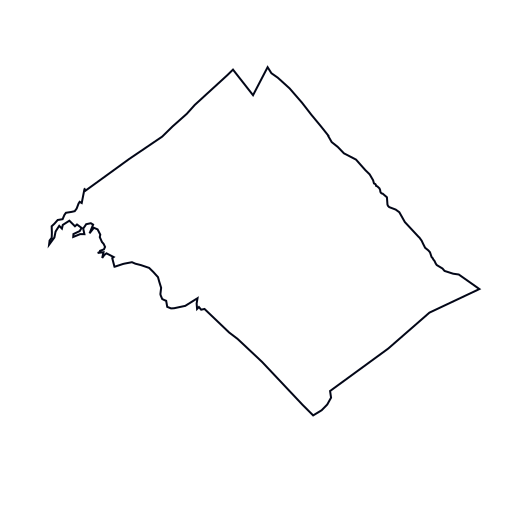 Tintane, Hodh el Gharbi, Mauritania (Albers equal-area conic projection), rotated 323°
{"feature_id": "47542326B49589683558539", "entity_name": "Tintane", "entity_type": "district", "adm_level": 2, "iso_a3": "MRT", "parent_name": "Mauritania", "parent_adm1": "Hodh el Gharbi", "projection": "albers", "projection_center": [-10.457, 15.991], "detail": "fine", "context": "isolated", "style": "outline", "palette": "ink", "viewbox_px": 512, "rotation_deg": 323, "n_neighbors": 0, "source": "geoboundaries", "source_scale": "gbopen_adm2", "svg_char_len": 2197}
<svg xmlns="http://www.w3.org/2000/svg" viewBox="0 0 512 512"><g transform="rotate(323 256 256)"><path d="M349.8,93.8L349.8,93.3L342.1,94.3L298.0,98.5L286.2,100.8L267.4,102.3L252.9,104.2L213.3,102.2L159.1,101.2L159.4,99.4L159.2,99.4L148.7,108.8L148.3,107.9L147.8,106.6L145.9,107.3L141.3,110.2L138.2,111.1L135.5,109.9L130.2,107.1L127.7,107.9L123.7,110.2L119.3,107.9L114.4,108.9L110.7,109.3L106.9,114.7L103.8,118.5L100.5,119.4L97.5,122.5L106.1,119.9L110.6,115.9L112.3,115.2L117.0,113.5L117.5,117.3L120.4,114.9L128.2,115.5L128.9,120.4L129.3,123.3L132.0,123.1L133.6,128.6L130.2,130.0L123.4,128.6L121.5,130.8L128.7,132.7L132.1,135.3L134.5,130.1L137.6,129.1L139.5,128.4L143.8,130.4L144.8,132.9L138.5,136.7L136.7,137.7L143.5,135.9L145.5,139.4L144.5,145.2L142.6,146.9L141.4,152.1L141.6,154.6L140.9,157.9L138.5,159.2L134.6,158.0L133.8,158.8L131.4,158.3L136.5,161.2L132.0,165.0L135.4,163.9L138.2,163.9L141.7,171.2L139.9,171.2L136.5,179.4L136.6,179.5L144.9,182.3L146.5,183.0L153.2,186.3L155.0,189.5L158.6,194.0L163.5,201.2L164.4,207.2L164.6,209.5L165.0,213.9L163.3,218.2L161.1,224.3L156.7,228.9L156.3,229.8L156.1,230.4L155.2,233.9L156.3,236.1L157.3,237.7L154.5,243.2L156.6,246.7L159.1,248.4L169.6,253.3L170.1,253.3L183.9,254.5L180.0,258.2L177.1,262.8L179.7,262.4L179.9,265.9L183.0,267.3L188.5,300.9L191.4,311.2L197.1,344.2L203.6,402.8L205.7,417.7L215.6,418.7L223.5,417.5L230.7,414.3L233.9,408.4L305.9,409.5L360.4,405.6L412.4,416.4L414.5,416.8L407.0,393.4L406.8,392.8L402.8,388.8L397.6,381.4L397.4,378.2L394.9,372.0L395.0,370.2L395.6,367.3L395.5,365.4L395.8,364.2L395.6,362.5L396.7,359.2L397.2,357.7L397.0,355.2L396.0,351.2L396.3,349.6L396.8,346.8L397.5,343.5L397.6,339.5L397.4,338.8L395.3,318.5L396.8,307.3L395.5,303.0L391.8,297.1L391.6,295.4L391.9,294.1L395.9,287.9L394.7,282.5L394.0,281.6L393.8,280.5L394.0,279.5L394.8,278.1L395.3,276.3L394.8,273.4L394.1,272.3L394.5,271.4L394.6,270.4L393.9,269.0L395.1,266.0L395.9,259.2L395.0,253.3L394.3,244.4L393.9,239.2L388.0,226.9L387.0,218.5L387.0,218.4L385.0,210.6L385.9,203.6L386.2,203.5L385.9,191.6L385.2,176.5L385.0,161.4L383.7,142.4L380.7,126.7L378.3,119.3L378.9,112.2L350.4,125.8L349.8,94.0L349.8,93.8Z" fill="none" stroke="#020617" stroke-width="2"/></g></svg>